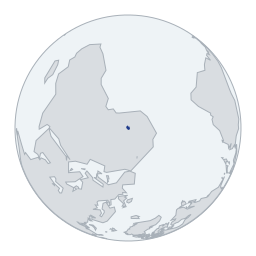 Yatenga highlighted on a globe, orthographic projection, rotated 184°
{"feature_id": "BFA-2823", "entity_name": "Yatenga", "entity_type": "Province", "adm_level": 1, "iso_a3": "BFA", "parent_name": "Burkina Faso", "parent_adm1": "", "projection": "orthographic", "projection_center": [-2.299, 13.586], "detail": "fine", "context": "on_globe", "style": "filled", "palette": "blue", "viewbox_px": 256, "rotation_deg": 184, "n_neighbors": 0, "source": "natural_earth", "source_scale": "10m", "svg_char_len": 8778}
<svg xmlns="http://www.w3.org/2000/svg" viewBox="0 0 256 256"><g transform="rotate(184 128 128)"><circle cx="128" cy="128" r="113" fill="#eef3f6" stroke="#a8b0b8"/><path d="M98.3,19.4L97.5,19.6L86.5,24.0L88.6,23.4L85.7,25.1L87.0,25.2L84.6,26.3L87.8,25.4L89.7,24.4L91.8,23.7L92.8,23.8L89.8,25.1L88.9,25.3L88.6,25.7L86.7,26.4L88.2,26.1L84.5,28.0L89.5,26.3L87.8,27.9L85.0,29.1L83.5,28.7L73.2,31.9L70.0,33.6L66.8,36.1L64.6,40.8L61.7,43.0L59.1,46.2L61.5,44.9L64.4,42.0L68.2,40.6L71.3,37.6L73.3,36.8L77.3,34.1L78.6,34.8L77.7,37.1L74.5,39.5L74.1,40.7L78.6,39.0L74.2,44.3L73.9,49.7L72.5,51.2L67.1,52.9L63.2,51.2L56.1,54.7L62.6,53.0L59.1,57.5L59.3,58.6L60.6,58.8L62.7,57.4L61.9,59.2L55.2,61.3L55.8,59.6L58.0,58.9L56.1,58.3L51.5,60.3L50.1,62.8L44.8,64.3L43.7,66.1L41.9,67.7L44.0,64.5L40.2,70.5L33.7,75.2L28.3,86.3L31.5,76.8L31.4,74.9L30.7,74.1L29.8,75.8L30.2,73.1L28.4,75.6L24.4,83.8L21.6,91.1L21.4,93.0L22.9,89.6L23.7,90.0L19.8,99.5L20.6,103.1L18.7,110.7L18.5,115.5L19.7,115.5L20.7,118.5L22.5,114.7L25.0,113.5L23.9,119.9L26.2,114.8L26.9,118.6L32.6,120.8L31.8,122.1L36.4,131.8L43.2,137.3L44.8,142.5L43.8,145.1L46.5,146.7L46.6,148.6L59.2,154.4L67.0,160.5L67.7,167.1L62.9,173.5L62.7,188.1L55.3,190.9L56.2,196.5L55.3,203.4L50.4,201.3L54.7,206.0L54.4,207.8L52.0,206.9L54.1,209.7L52.5,209.0L55.3,211.5L56.5,214.0L60.6,217.4L62.5,219.4L65.2,221.3L64.5,220.9L64.8,221.2L66.1,222.1L63.4,220.3L59.4,217.3L56.8,215.2L54.9,213.6L53.9,212.8L49.6,208.4L49.9,208.9L43.0,200.9L39.1,194.7L29.8,174.4L27.5,169.7L23.4,162.9L18.1,144.7L18.2,138.8L17.6,135.2L19.5,127.6L19.9,118.5L19.5,116.8L18.5,119.4L17.8,112.1L18.8,105.0L20.1,95.6L22.7,87.9L25.9,80.4L29.6,73.1L33.8,66.2L38.5,59.5L43.7,53.3L49.3,47.4L55.4,41.9L61.8,36.9L68.5,32.3L75.6,28.3L82.9,24.8L90.5,21.8L98.3,19.4ZM26.5,90.0L27.6,97.8L25.5,97.1L26.1,96.3L26.2,93.5L25.8,90.3L24.3,90.3L26.5,90.0ZM30.5,84.9L30.2,84.1L30.7,84.5L30.5,84.9ZM76.3,33.9L76.7,34.0L75.8,34.4L76.3,33.9ZM77.5,32.7L76.1,33.2L76.5,32.7L77.4,32.4L77.5,32.7ZM79.3,32.3L77.3,31.8L78.0,31.0L82.0,29.4L79.3,32.3ZM89.9,24.1L87.9,25.2L88.7,24.3L89.9,24.1ZM90.0,23.7L89.5,22.6L93.0,21.3L92.5,21.8L96.3,20.3L98.2,20.2L96.5,21.0L93.9,21.8L96.7,21.2L90.0,23.7ZM92.7,23.4L92.3,23.2L95.3,22.0L96.6,22.2L95.2,22.5L92.7,23.4ZM96.3,20.1L98.8,19.4L101.1,19.0L102.3,18.7L98.6,20.1L96.3,20.1ZM95.0,22.8L97.2,22.4L96.7,23.1L93.3,23.6L95.0,22.8ZM95.5,21.7L97.0,21.1L96.6,21.5L95.5,21.7ZM96.0,25.6L95.5,25.1L97.0,24.4L96.0,25.6ZM98.1,22.2L98.3,22.0L98.8,21.7L100.1,21.6L98.1,22.2ZM100.4,19.8L100.8,19.9L102.0,19.2L103.8,19.1L100.9,20.1L102.9,19.6L103.4,19.6L100.5,20.5L100.4,19.8ZM103.0,20.8L100.0,22.3L100.7,23.2L99.4,23.8L98.5,22.3L103.0,20.8ZM101.8,20.5L102.3,20.8L100.4,21.3L98.9,21.4L101.8,20.5ZM106.0,18.8L104.0,18.7L104.7,18.5L106.0,18.8ZM103.6,20.9L104.3,20.6L103.9,20.9L103.6,20.9ZM105.7,19.2L104.9,19.2L105.7,19.0L105.7,19.2ZM106.4,20.0L105.4,20.4L104.4,20.5L106.4,20.0ZM106.4,19.6L107.6,19.3L104.6,20.2L105.9,19.6L106.4,19.6ZM106.5,19.1L106.8,18.9L106.8,19.1L106.5,19.1ZM110.9,19.8L107.3,21.0L105.0,21.0L108.8,19.8L110.9,19.8ZM64.3,220.9L66.4,222.3L65.4,221.5L70.1,224.4L69.9,224.5L64.7,221.2L64.3,220.9ZM68.4,222.5L69.2,222.4L70.3,223.1L70.0,223.3L68.4,222.5ZM233.1,87.4L231.6,84.1L232.8,88.2L235.4,101.3L237.8,111.9L237.8,117.5L233.0,104.1L229.3,94.5L228.5,96.3L222.8,89.7L215.6,92.5L213.7,90.2L212.6,92.1L208.4,90.6L205.2,87.0L203.0,87.9L211.3,97.6L213.5,96.7L214.2,91.7L216.2,95.4L220.1,97.9L218.8,109.1L206.8,122.1L204.2,114.3L187.7,95.2L187.4,92.7L187.3,92.4L187.0,92.0L187.0,96.1L183.6,92.4L194.0,106.0L196.3,112.3L206.6,122.6L206.0,124.0L208.9,125.9L216.5,120.6L216.8,123.3L214.1,136.9L202.4,156.7L203.2,167.5L201.0,177.1L191.9,184.9L190.9,191.8L186.0,195.1L184.5,199.0L179.6,203.8L172.0,208.5L160.9,209.9L161.6,206.6L158.2,200.3L154.0,184.0L158.2,175.7L157.8,169.5L149.7,156.1L151.6,148.0L149.0,144.8L144.0,146.0L140.9,142.2L137.7,142.3L116.9,145.9L109.7,140.8L99.2,124.8L102.4,118.4L101.5,110.9L122.2,85.4L128.2,86.6L146.3,82.2L148.9,82.8L148.5,88.6L163.5,94.1L166.3,89.0L178.1,91.2L184.9,90.0L184.2,79.3L173.1,81.0L169.5,76.4L177.0,70.7L186.4,69.7L185.3,67.9L177.9,64.7L178.6,61.0L175.1,63.4L177.6,65.0L175.5,66.7L173.1,65.4L173.5,64.1L170.2,63.7L169.4,70.8L171.9,73.2L164.2,75.6L167.6,79.9L166.0,82.3L159.8,76.0L159.3,73.5L148.9,67.4L148.8,70.2L158.5,76.3L156.1,76.0L156.0,80.4L154.2,76.8L143.6,70.0L135.7,72.5L128.2,83.8L123.1,85.1L117.6,83.3L117.8,72.5L129.3,70.9L129.5,67.6L125.0,63.2L128.9,63.3L128.5,61.5L132.6,60.9L136.2,56.2L140.1,55.4L139.5,50.2L141.4,49.2L141.2,52.5L143.2,54.5L152.5,53.2L153.7,51.9L152.6,48.8L155.3,49.0L153.0,46.2L157.3,44.4L150.1,44.4L148.5,41.2L150.0,38.5L148.2,37.6L145.8,42.0L146.0,43.9L148.2,45.4L147.6,51.1L144.8,52.4L140.5,46.8L136.1,48.2L134.7,43.7L142.2,33.7L146.4,31.7L157.6,34.3L157.9,36.1L153.9,36.0L159.5,38.7L158.1,37.2L160.4,37.6L159.5,35.2L161.0,35.3L157.5,32.8L159.3,32.8L161.5,34.4L161.7,31.2L164.9,30.8L164.2,30.1L162.5,29.4L167.7,29.7L166.9,29.1L165.0,28.8L162.2,27.5L159.3,25.6L161.2,25.8L162.5,26.5L168.2,28.6L171.4,30.7L171.9,30.7L169.6,28.8L162.7,26.3L160.4,25.2L163.7,26.1L162.3,25.6L161.8,25.1L163.1,24.9L159.5,23.9L151.0,19.4L152.7,19.0L156.5,20.0L152.7,18.2L154.8,18.6L153.0,18.2L152.0,17.9L159.7,19.9L167.2,22.4L174.6,25.4L181.7,29.0L188.5,33.0L195.1,37.5L201.3,42.5L207.1,47.8L212.6,53.6L217.6,59.8L222.2,66.2L226.3,73.0L229.9,80.1L233.1,87.4ZM117.0,98.2L116.9,100.5L117.0,98.2ZM197.9,74.3L202.6,73.5L197.9,67.8L199.4,67.1L197.3,65.5L197.6,67.4L192.1,63.0L193.2,60.8L191.4,58.4L189.7,58.6L188.5,63.5L196.4,69.5L196.4,72.3L197.9,74.3ZM32.8,120.8L33.3,122.3L32.3,122.0L32.8,120.8ZM24.4,99.4L25.0,100.1L25.0,101.4L24.4,101.3L24.4,99.4ZM31.4,103.9L32.4,105.0L31.0,104.9L31.4,103.9ZM27.9,98.8L30.5,103.2L27.7,103.9L26.2,101.2L27.7,101.5L27.9,98.8ZM28.6,88.2L28.8,89.0L28.2,90.0L28.6,88.2ZM30.8,85.2L30.6,85.2L30.9,84.1L30.8,85.2ZM59.5,57.3L60.0,57.2L61.0,57.8L59.8,58.3L59.5,57.3ZM69.6,56.9L68.1,59.9L68.4,57.9L66.4,58.9L64.6,56.4L71.7,51.9L68.8,54.3L69.6,56.9ZM64.1,52.2L64.5,54.0L63.8,52.2L64.1,52.2ZM122.1,53.2L124.2,54.1L123.6,56.2L118.7,58.1L119.5,55.0L122.1,53.2ZM127.3,55.0L124.4,49.4L127.3,48.3L126.1,49.8L128.4,49.6L127.1,52.1L132.7,56.8L132.6,59.1L123.6,60.9L126.6,58.9L124.4,58.0L127.3,55.0ZM111.8,40.0L110.6,38.4L118.5,38.0L118.7,39.6L113.8,41.3L110.7,40.5L111.8,40.0ZM86.7,29.9L85.7,29.9L86.5,29.4L88.0,29.0L86.7,29.9ZM95.7,25.4L91.8,29.7L90.5,29.8L89.8,32.6L86.1,34.1L86.7,32.2L83.3,35.6L82.3,34.5L80.4,36.9L82.0,32.4L81.0,31.8L83.6,31.9L87.0,30.4L88.2,29.6L90.8,27.1L90.3,25.4L93.7,24.0L96.2,23.5L96.8,23.7L94.4,24.5L97.0,24.2L94.0,25.5L95.7,25.4ZM123.5,22.6L120.4,22.6L125.1,23.7L122.1,24.4L122.9,24.5L121.4,25.5L120.9,27.0L119.4,27.3L119.8,27.8L118.9,28.6L119.0,29.4L116.3,30.2L116.2,31.4L114.9,31.1L115.6,32.9L113.8,32.0L112.5,33.1L114.9,33.5L99.5,37.1L94.4,40.0L91.1,43.0L88.6,41.3L90.0,37.6L93.7,33.4L99.0,31.2L96.9,31.0L98.8,29.9L99.7,30.5L99.5,29.0L101.3,28.4L104.6,25.7L103.2,24.3L104.3,23.4L105.8,23.7L105.9,22.7L109.5,22.6L110.4,22.0L114.8,21.5L117.0,22.5L117.9,21.8L121.2,21.6L123.5,22.6ZM112.1,19.7L115.5,20.3L115.5,21.1L107.9,21.7L106.6,22.2L101.7,23.0L101.7,21.9L103.1,21.7L104.4,21.3L103.9,21.8L105.4,21.2L107.3,21.0L109.0,20.5L109.6,20.8L112.1,19.7ZM150.7,80.5L152.5,80.6L155.1,80.0L155.0,83.0L150.7,80.5ZM143.4,75.9L144.9,75.4L146.1,78.9L144.3,79.0L143.4,75.9ZM144.7,72.3L144.9,75.1L143.7,73.6L144.7,72.3ZM142.5,52.0L143.9,51.4L144.5,52.1L144.1,53.3L142.5,52.0ZM136.5,27.1L134.8,26.7L135.0,26.4L132.5,24.9L134.4,24.5L136.7,25.2L136.5,27.1ZM182.9,81.3L181.6,83.7L180.3,82.9L181.0,82.2L182.9,81.3ZM168.1,83.4L172.0,84.2L168.0,84.2L168.1,83.4ZM138.3,26.4L137.0,25.8L138.8,25.9L138.3,26.4ZM135.7,24.1L137.6,24.1L134.4,24.3L135.7,24.1ZM198.5,215.8L197.5,216.6L196.8,217.1L198.5,215.8ZM214.5,172.2L205.5,189.8L201.9,190.8L202.5,186.3L206.8,176.0L211.5,172.0L214.2,167.0L214.5,172.2ZM238.0,112.7L239.3,118.4L239.1,120.0L238.0,112.7ZM153.3,23.8L154.6,26.1L156.8,27.9L160.2,29.0L156.0,28.7L152.6,25.8L153.3,23.8ZM151.1,19.8L148.2,19.2L149.0,19.1L149.8,19.2L151.1,19.8ZM149.6,19.7L146.9,19.8L145.0,19.2L147.5,19.2L149.6,19.7ZM142.7,22.5L142.9,23.1L141.5,22.9L142.7,22.5ZM147.1,17.0L147.8,17.1L146.2,16.8L147.1,17.0ZM142.0,16.2L143.1,16.4L141.1,16.1L142.0,16.2ZM145.6,16.9L143.1,16.4L146.7,17.0L145.6,16.9Z" fill="#d9dde1" stroke="#a8b0b8" stroke-width="1"/><path d="M126.9,127.2L127.0,127.1L127.2,126.9L127.3,126.9L127.4,127.0L127.5,127.1L127.8,127.1L128.0,127.2L128.1,127.3L128.2,127.5L128.3,127.9L128.4,128.1L128.5,128.1L128.8,128.1L128.9,128.4L128.9,128.5L129.0,128.6L129.1,128.8L128.9,129.0L128.9,128.9L128.7,129.0L128.4,129.1L128.3,128.9L128.4,128.7L128.2,128.5L128.0,128.4L127.9,128.4L127.7,128.4L127.7,128.5L127.4,128.6L127.4,128.4L127.3,128.2L127.2,128.2L126.9,128.1L126.8,127.9L126.8,127.7L126.9,127.4L126.9,127.2L126.9,127.2Z" fill="#3b82f6" stroke="#1e3a8a" stroke-width="1.5"/></g></svg>